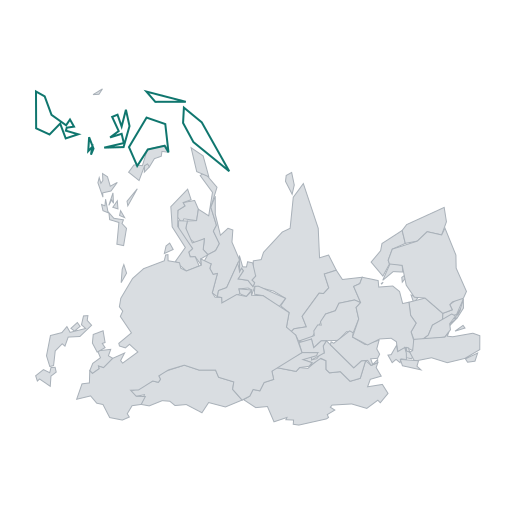 location of Indonesia within Asia, rotated 179°
{"feature_id": "IDN", "entity_name": "Indonesia", "entity_type": "country or territory", "adm_level": 0, "iso_a3": "IDN", "parent_name": "Asia", "parent_adm1": "", "projection": "equal_earth", "projection_center": [119.503, -2.501], "detail": "coarse", "context": "in_parent", "style": "outline", "palette": "teal", "viewbox_px": 512, "rotation_deg": 179, "n_neighbors": 45, "source": "natural_earth", "source_scale": "50m", "svg_char_len": 12375}
<svg xmlns="http://www.w3.org/2000/svg" viewBox="0 0 512 512"><g transform="rotate(179 256 256)"><path d="M270.9,112.6L264.7,116.0L261.2,122.6L254.5,121.1L250.1,129.4L240.5,132.3L242.1,140.5L239.1,144.4L217.9,139.9L214.4,143.7L206.1,142.7L194.3,152.6L187.8,150.1L187.9,141.3L184.5,137.9L173.7,138.9L164.1,129.1L153.9,131.9L148.2,149.5L142.8,144.6L136.1,147.2L137.8,142.3L132.9,133.7L143.9,130.7L146.7,123.3L131.9,125.4L126.4,116.3L134.3,107.1L136.7,109.7L147.9,101.7L162.9,106.4L182.6,105.6L184.3,103.5L179.9,100.6L187.5,96.2L186.3,93.3L188.4,91.9L216.1,86.2L221.7,87.1L221.3,91.3L229.0,91.8L227.9,94.0L240.9,89.9L247.2,105.3L258.9,104.4L270.9,112.6Z" fill="#d9dde1" stroke="#a8b0b8" stroke-width="1"/><path d="M148.2,149.5L153.9,131.9L164.1,129.1L173.7,138.9L184.5,137.9L187.9,141.3L187.8,150.1L192.9,152.6L204.8,144.8L201.9,148.4L210.9,151.6L205.4,155.1L201.1,154.8L202.2,151.2L196.9,152.3L192.6,158.1L189.5,157.9L190.4,164.9L187.1,170.0L160.2,142.5L152.4,149.4L148.2,149.5Z" fill="#d9dde1" stroke="#a8b0b8" stroke-width="1"/><path d="M406.6,425.8L410.2,420.4L416.1,420.2L406.6,425.8Z" fill="#d9dde1" stroke="#a8b0b8" stroke-width="1"/><path d="M58.9,189.7L53.4,197.0L49.5,209.3L49.5,200.3L55.8,190.7L58.9,189.7Z" fill="#d9dde1" stroke="#a8b0b8" stroke-width="1"/><path d="M63.5,184.9L55.9,190.6L63.6,182.9L63.5,184.9Z" fill="#d9dde1" stroke="#a8b0b8" stroke-width="1"/><path d="M56.4,194.2L52.4,199.6L55.2,193.5L56.4,194.2Z" fill="#d9dde1" stroke="#a8b0b8" stroke-width="1"/><path d="M56.4,194.2L70.6,189.1L70.3,195.4L60.7,198.8L63.1,204.0L53.6,210.9L49.5,209.3L56.4,194.2Z" fill="#d9dde1" stroke="#a8b0b8" stroke-width="1"/><path d="M109.5,237.4L119.1,238.0L129.7,229.5L121.7,246.8L110.0,244.1L109.5,237.4Z" fill="#d9dde1" stroke="#a8b0b8" stroke-width="1"/><path d="M106.9,234.6L107.4,230.7L110.2,227.3L110.6,232.1L106.9,234.6Z" fill="#d9dde1" stroke="#a8b0b8" stroke-width="1"/><path d="M99.1,206.4L101.6,214.3L94.9,211.4L99.1,206.4Z" fill="#d9dde1" stroke="#a8b0b8" stroke-width="1"/><path d="M70.3,195.4L70.6,189.1L80.8,183.8L85.1,173.9L92.5,168.8L99.7,169.9L102.3,177.4L97.1,186.1L102.4,193.8L103.9,207.1L87.7,211.0L70.3,195.4Z" fill="#d9dde1" stroke="#a8b0b8" stroke-width="1"/><path d="M122.7,245.7L129.5,233.7L141.0,247.9L131.3,259.1L129.8,266.3L109.4,279.0L106.5,266.0L119.6,260.5L123.9,249.5L122.7,245.7ZM131.2,226.3L129.3,227.6L130.8,225.8L131.2,226.3Z" fill="#d9dde1" stroke="#a8b0b8" stroke-width="1"/><path d="M312.8,303.8L314.8,292.4L327.4,294.4L329.4,290.5L333.9,296.3L333.3,303.0L326.2,307.3L328.0,310.7L316.4,312.6L312.8,303.8Z" fill="#d9dde1" stroke="#a8b0b8" stroke-width="1"/><path d="M324.0,292.2L314.8,292.4L312.8,303.8L302.6,297.0L298.4,320.4L310.4,337.4L306.2,340.4L293.8,325.4L300.3,305.5L295.0,287.4L298.2,281.6L292.4,269.0L296.3,262.1L304.1,258.2L308.7,263.4L307.3,274.2L316.3,269.8L322.4,274.6L325.7,285.0L324.0,292.2Z" fill="#d9dde1" stroke="#a8b0b8" stroke-width="1"/><path d="M333.0,292.6L324.0,292.2L325.7,285.0L319.4,270.2L307.3,274.2L308.7,263.4L304.1,258.2L311.2,254.0L310.8,247.8L316.8,256.3L321.8,256.3L323.2,261.1L319.3,264.5L332.9,283.1L333.0,292.6Z" fill="#d9dde1" stroke="#a8b0b8" stroke-width="1"/><path d="M304.1,258.2L296.3,262.1L292.4,269.0L298.2,281.6L295.0,287.4L300.3,305.5L295.7,316.5L296.0,298.6L291.2,277.4L283.5,284.2L278.7,282.4L279.8,270.3L272.6,252.4L285.9,224.9L294.1,222.1L295.3,215.9L300.4,219.9L294.9,239.2L299.2,238.3L302.4,244.4L301.0,248.9L308.7,250.4L304.1,258.2Z" fill="#d9dde1" stroke="#a8b0b8" stroke-width="1"/><path d="M319.9,313.4L328.0,310.7L326.2,307.3L333.3,303.0L333.8,287.0L319.3,264.5L323.2,261.1L321.8,256.3L316.8,256.3L313.0,247.0L325.9,242.2L336.7,252.0L326.5,265.7L339.3,286.6L340.3,306.8L323.2,324.0L319.9,313.4Z" fill="#d9dde1" stroke="#a8b0b8" stroke-width="1"/><path d="M424.2,144.2L421.1,151.5L413.3,157.0L416.0,163.9L402.9,165.2L405.3,158.8L401.0,156.2L404.0,153.1L410.4,147.0L415.4,148.7L414.7,146.1L421.6,141.4L424.2,144.2Z" fill="#d9dde1" stroke="#a8b0b8" stroke-width="1"/><path d="M408.5,167.0L416.5,162.7L421.1,171.8L420.1,180.4L410.2,183.9L408.4,172.1L411.2,171.3L408.5,167.0Z" fill="#d9dde1" stroke="#a8b0b8" stroke-width="1"/><path d="M272.4,112.2L289.2,105.6L305.9,110.3L312.8,100.2L328.3,108.7L339.6,107.9L344.7,112.3L352.3,113.0L365.4,108.0L373.4,109.6L370.0,119.3L378.2,117.8L384.2,122.4L361.4,132.8L355.8,131.4L353.7,134.4L355.3,137.8L350.0,141.9L329.6,148.1L314.8,142.9L298.4,142.6L295.5,135.4L280.4,130.5L281.7,123.1L272.4,112.2Z" fill="#d9dde1" stroke="#a8b0b8" stroke-width="1"/><path d="M295.3,215.9L294.1,222.1L285.9,224.9L274.3,249.3L272.7,240.7L270.7,244.2L268.7,241.4L274.2,233.4L264.5,231.8L259.6,225.5L257.8,229.2L260.5,232.0L256.7,236.0L259.1,237.4L258.8,251.2L250.9,252.3L248.4,259.6L229.3,279.5L221.4,283.1L217.7,314.1L207.4,327.6L193.3,282.6L192.5,253.1L183.4,255.7L176.0,240.4L188.0,236.8L183.8,222.9L189.1,217.3L193.6,217.7L210.9,194.9L206.9,184.3L219.2,182.6L223.7,178.3L226.8,184.3L223.9,198.8L232.2,205.7L227.2,213.1L239.1,220.6L257.6,225.7L261.1,216.8L261.0,222.1L264.4,224.1L273.6,223.4L272.7,218.5L291.0,209.6L291.1,215.1L295.3,215.9Z" fill="#d9dde1" stroke="#a8b0b8" stroke-width="1"/><path d="M272.7,240.7L272.6,256.8L269.5,245.4L265.7,245.2L264.5,250.4L259.5,249.2L256.7,236.0L260.5,232.0L257.8,229.2L259.6,225.5L264.5,231.8L274.2,233.4L268.7,241.4L270.7,244.2L272.7,240.7Z" fill="#d9dde1" stroke="#a8b0b8" stroke-width="1"/><path d="M272.7,218.5L273.6,223.4L261.0,222.1L266.3,215.7L272.7,218.5Z" fill="#d9dde1" stroke="#a8b0b8" stroke-width="1"/><path d="M258.5,217.9L257.6,225.7L254.2,225.8L227.2,213.1L234.0,204.5L249.6,216.2L258.5,217.9Z" fill="#d9dde1" stroke="#a8b0b8" stroke-width="1"/><path d="M223.7,178.3L219.2,182.6L206.9,184.3L210.9,194.9L193.6,217.7L189.1,217.3L183.8,222.9L188.0,236.8L176.0,240.4L170.0,231.0L150.2,232.9L152.7,226.6L158.9,223.9L152.2,207.6L158.3,210.3L173.9,207.3L177.6,199.9L187.4,196.8L201.7,173.2L214.9,170.1L217.7,176.3L223.7,178.3Z" fill="#d9dde1" stroke="#a8b0b8" stroke-width="1"/><path d="M175.4,170.2L192.3,170.0L199.9,163.3L202.0,172.0L208.1,168.2L214.9,170.1L199.1,175.4L199.5,180.1L195.5,186.0L191.9,185.8L192.7,189.2L187.4,196.8L177.6,199.9L173.9,207.3L158.3,210.3L152.2,207.6L156.8,202.8L154.4,191.2L160.2,177.5L166.7,178.8L175.4,170.2Z" fill="#d9dde1" stroke="#a8b0b8" stroke-width="1"/><path d="M187.1,170.0L190.4,164.9L189.5,157.9L202.2,151.2L202.6,154.6L196.0,158.2L211.7,158.6L214.5,168.6L202.0,172.0L199.9,163.3L192.3,170.0L187.1,170.0Z" fill="#d9dde1" stroke="#a8b0b8" stroke-width="1"/><path d="M204.8,144.8L214.4,143.7L217.9,139.9L239.1,144.4L211.7,158.6L196.0,158.2L197.1,155.3L210.9,151.6L201.9,148.4L204.8,144.8Z" fill="#d9dde1" stroke="#a8b0b8" stroke-width="1"/><path d="M136.1,147.2L142.8,144.6L146.2,149.7L152.4,149.4L160.2,142.5L183.2,165.9L182.4,168.9L179.8,167.4L163.6,179.5L160.2,177.5L160.9,173.3L148.5,165.6L134.4,169.7L136.9,161.0L134.1,155.7L136.2,151.6L143.1,151.2L141.2,145.5L136.2,150.3L136.1,147.2Z" fill="#d9dde1" stroke="#a8b0b8" stroke-width="1"/><path d="M103.9,207.1L102.4,193.8L97.1,186.1L102.3,177.4L98.9,165.9L101.0,158.7L107.4,162.0L116.0,157.9L117.1,167.8L122.3,171.4L133.7,170.9L146.0,165.1L160.9,173.3L154.4,191.2L156.8,202.8L152.2,207.6L158.9,223.9L152.7,226.6L150.2,232.9L134.3,229.3L133.8,222.8L119.8,223.6L113.1,218.0L110.2,205.9L103.9,207.1Z" fill="#d9dde1" stroke="#a8b0b8" stroke-width="1"/><path d="M57.6,192.6L63.5,184.9L62.9,178.8L68.6,171.6L90.6,169.6L85.1,173.9L80.8,183.8L61.3,194.6L57.6,192.6Z" fill="#d9dde1" stroke="#a8b0b8" stroke-width="1"/><path d="M108.9,161.9L100.7,154.6L102.0,150.5L108.8,151.9L108.9,161.9Z" fill="#d9dde1" stroke="#a8b0b8" stroke-width="1"/><path d="M99.7,169.9L68.6,171.6L64.5,176.7L66.1,172.5L60.8,171.8L40.5,175.0L33.6,172.4L33.9,158.5L49.1,149.9L66.6,146.0L82.3,151.2L99.3,148.1L104.0,157.2L101.0,158.7L99.7,169.9ZM38.9,147.0L46.3,146.1L48.4,149.5L36.1,155.1L38.9,147.0Z" fill="#d9dde1" stroke="#a8b0b8" stroke-width="1"/><path d="M225.2,330.1L224.4,336.0L218.9,338.9L216.5,326.3L218.8,317.1L225.2,330.1Z" fill="#d9dde1" stroke="#a8b0b8" stroke-width="1"/><path d="M342.1,270.4L338.7,264.0L347.6,260.1L345.7,267.7L342.1,270.4ZM211.7,158.6L242.1,140.5L240.5,132.3L250.1,129.4L254.5,121.1L261.2,122.6L264.7,116.0L272.4,112.2L281.7,123.1L280.4,130.5L295.5,135.4L298.4,142.6L314.8,142.9L329.6,148.1L345.6,143.6L355.3,137.8L353.7,134.4L355.8,131.4L361.4,132.8L375.8,124.1L383.8,124.0L378.2,117.8L369.1,117.4L373.4,109.6L382.5,108.5L387.5,100.5L385.5,97.2L392.5,94.3L405.1,97.0L411.6,110.2L417.8,111.6L423.8,119.0L437.8,115.9L432.2,131.2L424.8,132.0L424.2,144.2L421.6,141.4L414.7,146.1L415.4,148.7L410.4,147.0L401.0,156.2L389.1,161.3L393.2,153.8L391.2,151.2L375.8,162.1L384.0,169.9L388.2,166.4L394.1,168.4L394.7,171.1L381.9,181.3L392.7,197.9L390.2,203.2L393.5,207.6L391.9,216.1L379.8,235.7L368.6,245.3L347.8,252.8L346.3,258.6L344.0,258.9L344.0,252.8L332.6,250.6L331.5,245.2L325.9,242.2L310.8,247.8L311.2,254.0L301.0,248.9L302.4,244.4L299.2,238.3L294.9,239.2L300.4,219.9L297.6,215.5L291.1,215.1L291.0,209.6L276.0,217.8L266.3,215.7L261.0,221.0L261.1,216.8L249.6,216.2L223.9,198.8L226.8,184.3L217.7,176.3L211.7,158.6Z" fill="#d9dde1" stroke="#a8b0b8" stroke-width="1"/><path d="M391.3,231.7L390.0,245.2L388.3,249.7L385.7,241.1L391.3,231.7Z" fill="#d9dde1" stroke="#a8b0b8" stroke-width="1"/><path d="M113.8,146.8L117.8,150.2L121.7,147.0L125.8,154.6L122.6,155.0L117.1,164.1L116.0,157.9L108.9,161.9L107.4,156.3L107.4,149.8L112.7,150.6L113.8,146.8ZM107.4,162.0L105.1,161.4L104.0,157.2L107.2,158.4L107.4,162.0Z" fill="#d9dde1" stroke="#a8b0b8" stroke-width="1"/><path d="M93.1,139.3L111.5,143.7L113.5,150.1L95.3,148.4L97.0,143.0L93.1,139.3Z" fill="#d9dde1" stroke="#a8b0b8" stroke-width="1"/><path d="M390.6,303.7L386.7,296.7L391.7,298.9L390.6,303.7ZM397.9,321.6L397.6,311.2L399.3,314.6L402.3,309.2L397.9,321.6ZM408.0,317.5L412.8,332.0L411.4,337.1L409.8,331.4L407.8,334.2L408.0,341.1L403.1,337.8L400.5,328.3L393.4,332.0L399.9,323.5L408.2,321.8L408.0,317.5ZM384.0,313.0L373.5,325.3L383.3,308.4L384.0,313.0ZM394.9,270.2L392.5,291.9L401.7,294.9L402.3,301.9L397.5,296.2L387.9,294.5L389.4,290.8L385.0,285.9L388.2,268.7L394.9,270.2ZM393.7,313.6L393.2,305.5L398.3,307.2L393.7,313.6ZM408.2,304.0L409.5,310.2L406.2,308.8L405.4,315.4L403.1,301.8L408.2,304.0Z" fill="#d9dde1" stroke="#a8b0b8" stroke-width="1"/><path d="M301.8,336.1L313.8,341.4L319.0,365.4L307.1,357.0L301.8,336.1ZM376.4,349.2L368.0,348.3L362.7,364.6L345.4,368.3L342.5,365.1L341.8,361.3L348.2,362.2L349.0,357.4L355.9,355.1L361.0,347.0L365.8,348.2L371.6,333.5L381.9,342.0L376.4,349.2Z" fill="#d9dde1" stroke="#a8b0b8" stroke-width="1"/><path d="M366.2,341.8L365.8,348.2L362.9,350.0L361.0,347.0L366.2,341.8Z" fill="#d9dde1" stroke="#a8b0b8" stroke-width="1"/><path d="M467.2,159.9L462.9,180.1L451.4,182.8L446.3,188.7L443.2,182.9L427.6,186.5L431.7,190.3L429.5,199.1L425.1,199.3L425.9,194.6L421.6,189.6L433.5,178.6L445.2,178.2L448.6,169.2L451.3,171.6L458.4,164.6L460.3,150.0L464.1,149.1L467.2,159.9ZM474.5,136.8L476.8,134.8L478.4,140.1L470.5,146.1L464.3,142.9L462.9,148.1L458.8,148.2L457.8,143.4L463.1,139.5L464.0,129.3L474.5,136.8ZM433.1,188.7L438.8,184.1L442.3,186.9L435.8,192.6L433.1,188.7Z" fill="#d9dde1" stroke="#a8b0b8" stroke-width="1"/><path d="M106.5,266.0L109.4,279.0L104.8,284.8L67.0,301.3L65.0,286.9L70.0,273.8L84.4,277.3L94.4,268.1L106.5,266.0Z" fill="#d9dde1" stroke="#a8b0b8" stroke-width="1"/><path d="M49.4,210.1L60.4,206.7L63.1,204.0L60.7,198.8L70.3,195.4L87.7,211.0L98.3,212.0L106.3,224.2L110.0,244.1L122.7,245.7L123.9,249.5L119.6,260.5L94.4,268.1L84.4,277.3L70.0,273.8L66.6,280.6L56.1,253.4L56.1,240.4L46.2,216.9L49.4,210.1Z" fill="#d9dde1" stroke="#a8b0b8" stroke-width="1"/><path d="M58.3,177.4L50.2,183.0L48.3,180.3L58.3,177.4Z" fill="#d9dde1" stroke="#a8b0b8" stroke-width="1"/><path d="M341.7,361.2L345.4,367.8L362.3,364.4L373.2,348.1L381.1,367.1L363.0,396.3L344.4,389.5L341.7,361.2ZM281.3,341.2L316.6,371.0L326.6,390.3L325.5,405.6L307.9,390.6L281.3,341.2ZM473.6,387.5L473.1,424.3L464.5,419.3L458.0,400.7L443.6,390.0L439.6,395.7L435.7,388.5L443.0,387.6L443.9,384.6L431.6,380.8L444.2,376.9L449.5,391.8L460.3,381.1L473.6,387.5ZM405.9,367.0L386.2,371.2L388.2,380.5L399.8,377.1L391.1,383.3L397.4,397.6L392.0,399.7L388.1,387.8L383.5,404.5L380.2,388.1L386.5,367.2L405.9,367.0ZM323.5,411.4L354.0,411.9L362.7,422.3L323.5,411.4ZM417.9,367.9L421.9,363.8L420.8,377.7L416.6,366.2L419.2,360.2L417.9,367.9Z" fill="none" stroke="#0f766e" stroke-width="2"/></g></svg>